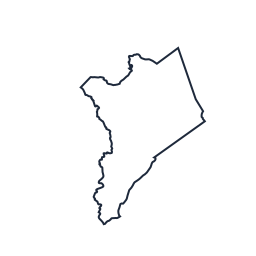 San Jeronimo, Copán, Honduras, rotated 122°
{"feature_id": "27666195B76095936312839", "entity_name": "San Jeronimo", "entity_type": "district", "adm_level": 2, "iso_a3": "HND", "parent_name": "Honduras", "parent_adm1": "Copán", "projection": "orthographic", "projection_center": [-88.881, 14.954], "detail": "fine", "context": "isolated", "style": "outline", "palette": "slate", "viewbox_px": 256, "rotation_deg": 122, "n_neighbors": 0, "source": "geoboundaries", "source_scale": "gbopen_adm2", "svg_char_len": 5837}
<svg xmlns="http://www.w3.org/2000/svg" viewBox="0 0 256 256"><g transform="rotate(122 128 128)"><path d="M118.6,189.6L118.7,188.5L118.9,187.4L119.1,186.6L119.4,186.0L121.0,183.5L121.6,182.7L122.2,182.1L122.4,181.7L122.4,181.4L122.0,180.9L121.9,180.3L121.8,179.6L121.9,178.4L121.7,177.9L121.4,177.1L121.2,176.5L121.1,175.8L121.2,175.3L121.4,175.2L121.6,175.1L121.9,175.2L122.1,175.1L122.2,174.9L122.2,174.5L122.2,174.3L122.3,174.1L122.7,173.9L122.8,173.7L122.9,173.4L122.7,173.0L122.7,172.8L122.9,172.6L123.2,172.4L123.3,172.2L123.2,172.0L123.1,171.8L123.1,171.6L123.3,171.5L123.6,171.5L123.8,171.3L126.6,168.0L127.0,167.4L127.0,167.1L126.6,166.6L126.3,166.5L125.9,166.5L125.7,166.5L125.6,166.3L125.6,166.0L125.7,165.0L126.0,163.5L126.3,163.2L126.7,163.2L127.6,163.4L128.3,163.8L130.0,163.0L130.7,163.0L131.0,162.8L131.5,162.2L131.8,162.0L132.9,161.2L134.6,160.3L134.6,160.1L134.3,160.0L134.2,159.8L134.2,159.1L134.4,158.4L134.7,157.7L134.9,157.5L135.3,157.3L135.5,157.1L135.5,156.7L135.5,155.7L135.8,154.0L135.7,153.1L135.8,152.6L136.1,152.1L136.6,151.3L139.0,148.0L139.1,147.7L139.0,147.0L139.2,146.6L139.5,146.3L140.0,146.2L140.2,145.9L140.2,145.7L139.8,142.7L140.0,141.8L140.1,141.4L140.3,141.2L140.7,141.0L141.5,141.0L142.0,140.8L142.3,140.5L142.8,139.8L143.4,139.2L144.1,138.6L144.7,138.1L145.5,137.8L146.0,138.0L146.2,137.9L147.2,136.9L147.6,136.1L147.8,135.7L148.9,134.4L149.5,133.7L150.3,133.2L151.5,132.7L152.6,132.4L152.8,132.1L153.3,131.2L153.8,130.5L154.2,130.4L154.9,130.5L155.4,130.4L155.8,130.0L156.2,129.4L156.4,129.2L157.3,128.7L157.6,128.6L157.9,128.7L158.3,129.1L158.7,129.5L159.1,130.1L159.4,130.9L159.5,131.4L159.5,132.1L159.6,132.5L159.9,132.8L160.2,132.9L160.4,132.9L160.7,132.5L160.9,132.5L161.0,132.6L161.5,133.6L161.9,134.7L162.2,135.1L162.4,135.2L162.9,134.9L164.4,133.2L164.6,133.1L164.9,133.0L165.1,133.1L165.3,133.2L166.5,134.5L167.1,134.3L167.7,134.0L168.4,133.5L168.6,133.5L168.8,133.5L169.1,134.3L169.5,134.6L170.2,134.8L171.0,134.8L171.5,134.7L172.1,134.2L172.4,133.9L172.7,133.2L173.2,132.8L173.5,132.7L173.6,132.8L173.8,133.1L174.0,133.0L174.2,132.5L174.1,132.0L174.2,131.9L174.3,131.7L174.8,131.3L175.2,130.7L175.1,130.0L175.0,129.6L175.1,129.0L175.3,128.7L175.6,128.5L178.9,126.2L179.7,125.3L180.6,124.4L181.3,123.7L181.7,123.4L182.5,123.1L183.4,123.1L185.0,123.4L187.2,124.1L188.0,124.3L188.6,124.3L189.0,124.2L189.4,124.1L189.7,123.9L189.9,123.7L190.0,123.5L189.9,122.9L189.6,122.3L189.0,121.5L188.9,121.2L188.9,120.9L189.1,119.9L189.4,119.1L189.8,118.5L190.3,118.2L190.7,118.0L191.0,118.1L191.9,118.5L193.4,119.6L195.8,121.5L196.5,121.9L197.0,122.1L197.3,122.1L197.8,121.7L198.0,121.4L198.0,120.9L198.1,120.7L198.3,120.5L198.6,120.4L198.9,120.4L199.3,120.5L199.5,120.7L200.0,121.2L200.3,121.3L200.6,121.4L201.8,121.2L204.6,120.6L205.1,119.8L205.3,118.9L205.5,118.5L205.8,118.3L206.2,118.3L206.4,118.2L206.6,116.0L206.6,115.1L206.7,114.8L207.2,114.3L207.6,113.8L208.1,113.2L208.3,112.7L208.3,112.4L207.8,111.8L207.4,110.9L207.3,110.4L207.4,110.0L207.8,109.7L208.4,109.6L210.1,109.9L211.0,109.9L211.2,109.7L211.3,109.6L211.3,109.4L211.2,109.0L211.2,108.8L211.3,108.6L211.5,108.5L212.1,108.4L214.4,108.3L215.0,108.2L215.0,107.2L215.1,106.6L215.2,106.3L215.5,106.1L216.1,105.9L217.0,106.1L217.8,106.0L218.7,105.8L219.2,105.5L219.7,104.9L220.0,104.2L220.2,103.5L220.6,101.8L221.1,100.1L221.6,98.8L222.4,97.6L222.2,97.4L221.8,97.0L221.4,96.7L220.8,96.6L219.7,96.5L218.5,96.2L217.8,95.9L217.0,95.2L216.4,94.8L214.8,94.3L213.7,94.2L213.3,94.0L213.0,93.8L211.9,92.2L211.1,91.1L210.3,89.8L210.0,89.4L208.5,88.5L207.2,87.9L206.9,89.1L206.5,89.6L205.2,91.0L203.7,92.1L202.9,92.5L199.7,93.2L197.4,93.9L196.7,94.1L196.4,94.1L196.1,93.9L195.4,93.4L195.1,92.9L194.9,92.3L194.6,92.0L192.3,91.7L190.1,91.5L189.2,91.5L188.2,91.7L185.5,92.6L180.2,94.0L179.6,94.0L178.0,93.7L176.7,93.5L174.0,93.5L173.2,93.6L172.1,93.7L171.1,93.7L170.4,93.6L169.8,93.3L167.4,92.2L165.4,91.4L163.7,90.9L160.4,90.1L159.7,89.8L158.5,89.2L157.4,88.9L156.1,88.5L155.2,88.4L149.3,88.1L147.1,88.6L145.3,89.1L144.7,89.1L144.0,89.1L143.6,89.0L142.7,88.4L142.1,88.2L141.2,88.0L140.5,88.0L140.1,88.1L139.6,88.3L139.2,88.6L138.9,88.9L139.1,90.2L81.6,66.4L81.2,67.5L80.6,69.4L80.4,69.6L80.1,69.8L79.9,69.9L79.6,71.4L79.5,71.5L78.1,72.4L76.9,72.9L75.1,73.2L74.0,73.2L67.7,85.8L33.6,127.9L58.2,137.6L58.1,139.7L58.0,142.6L58.4,145.8L58.5,146.3L58.7,146.8L60.2,148.9L60.8,150.0L60.9,150.5L61.5,153.2L61.5,154.1L61.3,154.8L61.2,155.2L60.6,156.0L60.3,156.8L60.1,157.8L60.2,158.5L60.5,159.1L60.9,159.7L61.0,159.9L61.5,160.1L61.9,160.5L62.1,160.8L62.4,161.3L62.7,161.6L63.3,162.0L64.2,162.0L64.8,162.5L65.8,164.5L66.1,164.9L66.3,165.1L66.5,165.1L67.2,164.9L68.5,163.1L68.8,162.8L69.5,162.7L70.2,162.3L70.5,162.2L71.2,162.1L71.4,162.2L71.6,162.4L71.8,162.4L72.2,161.5L72.7,161.2L73.0,160.9L73.7,160.0L74.1,159.3L74.1,159.0L74.0,158.8L73.9,158.8L73.6,159.0L73.4,159.0L73.0,158.8L72.8,158.5L72.8,158.1L72.8,157.8L73.0,157.5L73.3,157.3L73.7,157.1L74.1,157.0L74.4,157.1L74.7,157.3L74.8,157.5L74.8,157.9L74.6,158.2L74.6,158.3L74.7,158.5L74.9,158.6L75.2,158.4L75.5,157.9L75.5,157.6L75.4,157.2L75.6,156.9L75.9,156.9L76.1,157.1L76.3,157.3L76.8,158.4L76.9,158.5L77.0,158.2L77.1,157.9L76.9,156.8L77.0,155.8L77.1,155.3L77.4,155.1L77.6,155.1L79.6,155.8L82.2,155.7L82.9,155.7L83.7,155.8L84.1,156.0L85.1,156.5L89.4,157.6L91.0,158.4L92.3,158.8L93.0,158.9L93.7,158.8L94.7,158.6L94.9,158.5L95.1,158.6L95.5,159.1L96.5,159.8L97.4,160.8L98.1,161.5L98.8,162.5L99.4,163.1L99.5,163.4L100.0,165.6L100.4,166.6L100.9,167.7L101.0,168.0L101.0,168.7L100.9,169.3L100.6,169.9L100.4,170.1L99.8,170.6L99.5,170.9L99.3,171.3L99.3,171.6L99.6,172.1L99.7,172.6L99.7,174.4L99.1,174.5L98.6,174.9L98.4,175.2L98.4,175.7L98.9,177.1L99.6,178.7L99.9,179.0L100.5,179.5L101.0,180.1L102.8,183.7L103.6,184.6L104.0,185.6L104.7,186.7L118.6,189.6Z" fill="none" stroke="#1e293b" stroke-width="2"/></g></svg>